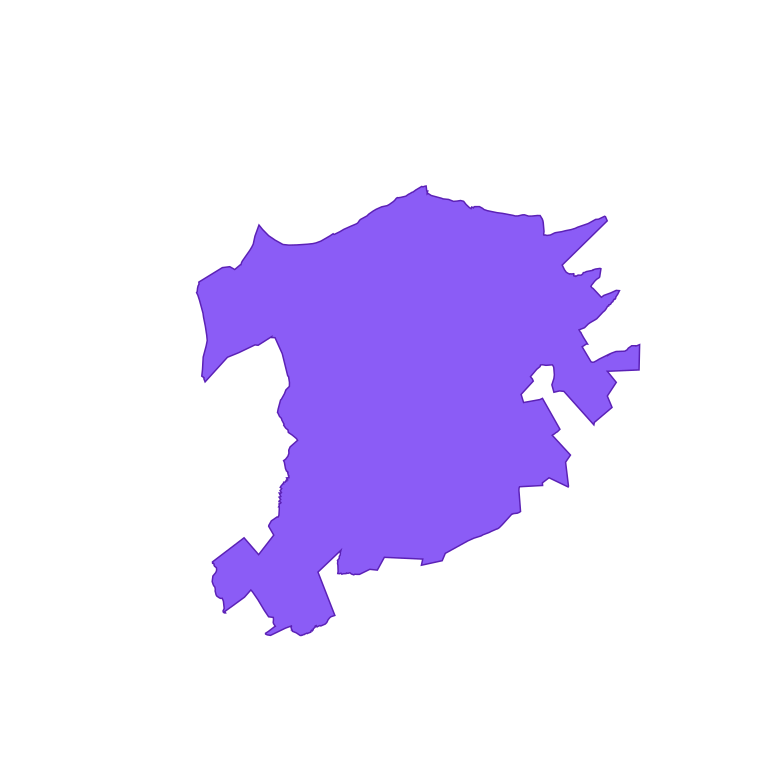 outline of Jiquipilco, México, Mexico, rotated 225°
{"feature_id": "50627088B46383700668676", "entity_name": "Jiquipilco", "entity_type": "district", "adm_level": 2, "iso_a3": "MEX", "parent_name": "Mexico", "parent_adm1": "México", "projection": "equal_earth", "projection_center": [-99.652, 19.592], "detail": "fine", "context": "isolated", "style": "filled", "palette": "violet", "viewbox_px": 768, "rotation_deg": 225, "n_neighbors": 0, "source": "geoboundaries", "source_scale": "gbopen_adm2", "svg_char_len": 6159}
<svg xmlns="http://www.w3.org/2000/svg" viewBox="0 0 768 768"><g transform="rotate(225 384 384)"><path d="M268.3,556.2L276.0,558.0L280.5,559.3L281.2,559.7L281.8,559.5L284.4,560.2L282.0,565.6L282.0,570.9L281.6,573.1L279.7,580.5L280.0,589.4L279.8,592.0L280.0,593.8L280.9,597.1L280.5,597.6L280.3,598.2L281.0,599.1L280.5,599.7L280.2,600.6L280.7,602.6L280.4,604.2L281.0,605.1L281.2,606.5L281.2,606.8L280.7,606.9L280.6,607.6L280.9,608.6L281.6,609.5L282.2,612.7L283.5,616.5L286.0,614.4L288.2,608.5L291.2,602.1L291.6,599.0L303.5,599.4L305.1,599.1L306.7,599.3L307.2,601.1L307.4,603.3L307.7,605.4L307.7,608.3L307.1,611.1L307.2,612.2L312.1,618.9L313.0,618.5L315.7,614.9L317.0,612.4L316.7,612.1L320.4,606.6L320.9,604.9L321.8,603.7L321.3,602.3L321.5,600.7L321.7,600.2L323.8,598.2L324.5,595.7L325.2,595.7L325.7,594.9L326.1,594.7L326.7,595.0L327.5,596.1L327.9,596.1L328.9,594.7L330.3,593.5L330.6,592.9L331.0,592.9L331.7,592.5L334.1,591.9L337.1,592.4L342.1,594.1L341.5,657.2L345.7,658.9L346.6,658.6L348.9,652.1L350.7,650.1L353.1,641.8L358.0,631.7L358.9,629.2L360.9,625.4L363.9,621.0L366.1,617.3L369.6,612.5L370.2,611.4L371.7,607.0L373.8,604.3L375.5,603.3L376.1,602.4L377.0,602.8L378.7,605.0L385.5,610.7L387.1,611.8L388.8,612.6L392.7,613.5L394.6,611.7L398.2,607.3L400.4,605.0L404.3,603.0L405.7,601.5L408.1,597.6L409.9,595.7L412.0,594.5L420.8,588.5L425.2,585.1L433.4,579.7L436.6,578.1L438.6,577.9L442.0,576.9L445.6,573.2L445.3,571.8L447.1,571.2L446.5,569.6L448.5,569.1L453.0,569.0L456.9,569.5L459.6,567.9L461.7,565.0L464.0,562.3L468.8,560.2L473.1,556.7L474.7,556.0L483.9,550.7L487.6,549.9L487.9,549.6L487.9,549.0L488.7,549.7L489.5,551.4L490.3,550.7L494.2,553.8L495.0,552.7L495.9,550.9L497.0,550.4L498.7,543.8L499.2,540.4L499.8,539.2L500.4,536.6L500.8,535.7L501.4,532.2L504.2,527.7L505.6,525.8L506.3,525.3L506.5,524.6L506.6,523.8L506.3,521.4L506.4,519.5L507.2,514.7L507.9,512.3L510.9,507.7L513.1,502.0L514.0,498.5L514.9,493.4L514.9,490.8L517.0,483.7L517.0,482.4L516.5,479.8L516.5,478.8L516.9,477.4L519.2,471.7L521.8,464.9L522.9,460.5L524.9,454.7L525.4,454.3L526.2,454.3L527.0,450.4L529.7,440.3L531.9,435.6L533.7,432.8L537.0,428.7L543.9,420.8L549.4,415.0L554.1,411.2L562.9,408.7L570.4,407.3L579.1,407.4L584.8,408.0L579.8,397.3L575.4,390.5L574.4,387.6L573.4,383.6L571.2,371.1L570.7,369.4L569.5,367.1L569.9,366.7L570.5,359.4L576.0,357.9L580.6,352.0L587.0,325.2L586.2,324.4L585.5,324.0L584.8,321.8L583.6,319.9L581.4,317.2L581.2,316.1L578.5,315.2L573.6,312.7L562.1,306.1L558.8,303.6L551.3,298.6L543.8,293.1L539.7,289.7L536.7,285.2L530.9,275.2L522.5,265.8L518.4,260.7L515.8,261.2L515.0,260.3L512.0,259.0L513.6,292.2L508.8,303.6L502.9,320.4L500.4,322.4L496.9,338.2L496.3,337.4L493.8,339.7L477.4,333.5L457.9,321.7L456.7,321.7L452.0,318.3L449.2,315.4L449.2,310.4L447.5,306.7L445.8,300.7L445.8,299.5L441.0,291.2L439.1,288.5L438.5,288.5L435.0,287.2L432.1,287.1L430.9,286.3L426.3,284.9L425.8,283.9L422.3,283.3L419.4,283.6L417.4,282.1L412.8,283.0L407.3,283.5L405.3,283.1L405.9,273.1L404.6,269.9L402.2,267.7L400.9,265.0L400.4,261.2L400.8,258.8L399.3,258.3L393.8,254.5L391.4,253.5L390.3,253.9L389.5,253.6L389.6,253.3L386.7,251.6L386.5,251.8L385.0,250.5L386.5,248.7L384.5,248.1L385.1,247.3L384.3,246.7L384.9,246.0L384.4,245.0L385.5,243.6L384.8,242.8L385.0,242.8L384.7,239.3L384.3,237.5L382.4,237.7L382.1,236.4L382.2,235.2L379.7,234.7L379.8,233.6L380.3,233.5L381.0,232.8L377.4,231.5L378.2,229.8L375.4,229.3L375.4,226.8L374.8,226.5L374.0,227.3L373.0,227.3L372.8,226.4L373.5,225.1L371.9,223.7L371.6,222.6L371.1,222.9L370.8,222.7L369.5,221.4L365.5,216.9L364.8,215.2L365.0,214.7L365.6,214.4L366.9,207.6L365.5,202.6L364.9,201.8L355.1,199.2L352.0,174.7L374.2,176.3L379.5,136.9L378.4,136.0L377.8,136.7L376.5,136.3L376.3,135.8L374.9,135.3L374.2,135.5L374.1,135.4L372.6,135.6L371.0,134.3L370.1,133.0L369.6,131.3L369.2,127.2L365.8,122.8L362.8,121.3L361.4,120.9L360.0,120.8L358.2,119.6L357.0,118.2L353.7,116.2L352.1,115.8L349.0,116.4L347.7,117.0L346.9,118.1L345.4,117.5L343.8,116.7L338.3,112.3L337.4,109.8L336.5,109.1L335.5,109.1L334.7,109.5L334.2,110.1L335.7,110.5L331.9,134.6L332.5,144.2L330.3,144.1L320.6,142.3L308.6,139.3L301.0,137.8L297.2,140.7L295.5,139.2L293.7,137.0L292.5,136.4L289.5,135.8L289.8,134.9L290.8,127.3L291.5,124.0L291.0,123.5L290.6,123.5L289.1,124.1L286.5,126.0L281.0,141.8L278.4,147.4L277.8,146.9L277.6,146.1L275.8,145.2L275.5,144.6L274.7,145.0L273.9,144.4L270.1,146.0L265.5,146.9L264.7,147.6L264.6,148.2L264.1,148.7L263.6,150.2L263.2,150.5L263.2,151.0L262.4,153.1L261.7,153.4L261.6,154.0L260.3,156.7L260.8,157.1L261.0,158.5L260.2,158.5L260.3,160.2L260.9,160.8L260.8,162.6L261.5,164.4L261.1,165.1L260.4,164.2L260.0,164.9L259.4,165.2L259.4,165.7L258.5,167.9L257.6,168.2L255.8,172.7L255.8,174.9L256.8,177.7L257.1,180.2L257.0,181.6L256.6,182.6L255.1,185.6L297.7,204.3L296.9,236.0L295.6,233.7L295.0,233.3L293.9,231.8L293.8,230.6L292.4,229.1L292.1,226.3L291.4,226.0L289.8,224.1L288.5,223.3L283.9,219.0L282.7,217.3L281.4,218.3L280.6,219.8L279.3,219.7L278.7,221.0L276.7,223.1L276.9,223.8L275.6,224.6L274.7,226.4L272.7,226.6L270.4,227.7L270.1,228.9L268.8,230.0L266.7,232.1L263.0,242.9L257.1,247.7L261.2,261.7L232.8,287.6L229.4,282.3L217.9,300.2L220.9,307.6L213.8,332.3L211.4,338.6L207.9,345.3L207.4,347.3L204.5,353.8L204.1,355.2L201.8,361.1L201.3,361.9L200.9,364.0L200.9,368.3L201.6,382.3L201.0,383.1L201.1,383.5L198.4,386.9L197.6,388.8L197.3,390.4L213.4,404.2L214.9,405.9L215.5,407.2L200.1,424.4L202.1,426.1L201.0,434.4L181.0,441.4L181.3,442.2L200.3,457.1L201.9,465.6L228.8,466.7L228.6,468.0L228.2,469.2L228.1,470.9L227.6,472.8L227.6,476.4L261.8,485.9L262.7,483.3L272.2,469.6L279.7,473.6L280.5,491.6L282.7,492.5L285.6,492.7L286.4,502.4L286.0,506.7L286.8,508.1L285.5,509.7L282.7,511.7L278.6,516.5L278.2,516.6L276.4,516.1L275.5,515.6L270.0,510.9L267.8,508.1L264.7,502.1L258.0,498.3L255.0,503.2L251.6,506.0L206.7,503.5L208.1,505.6L206.2,528.7L217.6,533.4L220.9,549.4L235.1,550.9L213.6,574.3L231.1,592.6L232.2,589.9L232.9,588.9L233.1,589.0L235.9,586.2L236.6,582.2L236.3,579.9L237.0,577.4L242.9,571.1L245.0,566.6L245.8,563.3L246.0,563.9L249.4,553.9L250.1,551.0L251.0,548.0L251.9,546.8L253.3,546.1L270.2,550.4L269.2,555.4L268.3,556.2Z" fill="#8b5cf6" stroke="#5b21b6" stroke-width="1.5"/></g></svg>